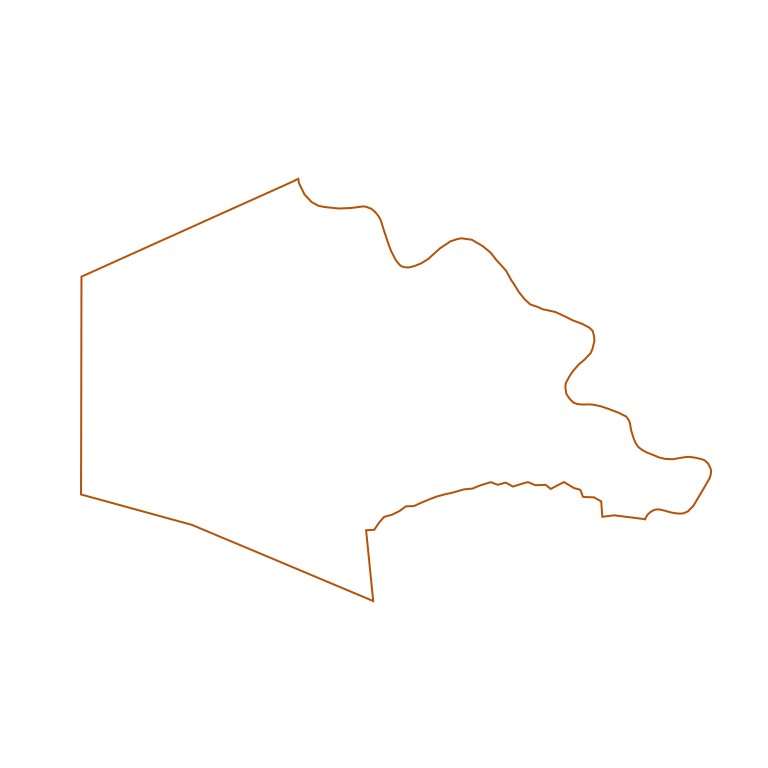 the district of Concepción, Misiones, Argentina, rotated 263°
{"feature_id": "61730980B41653998480199", "entity_name": "Concepción", "entity_type": "district", "adm_level": 2, "iso_a3": "ARG", "parent_name": "Argentina", "parent_adm1": "Misiones", "projection": "orthographic", "projection_center": [-55.471, -27.961], "detail": "fine", "context": "isolated", "style": "outline", "palette": "amber", "viewbox_px": 768, "rotation_deg": 263, "n_neighbors": 0, "source": "geoboundaries", "source_scale": "gbopen_adm2", "svg_char_len": 2849}
<svg xmlns="http://www.w3.org/2000/svg" viewBox="0 0 768 768"><g transform="rotate(263 384 384)"><path d="M527.4,96.8L346.1,74.2L340.7,73.5L311.3,69.8L267.5,176.4L263.4,183.5L251.5,204.2L242.3,220.4L169.9,346.8L172.5,346.9L241.0,348.4L240.5,356.6L246.8,362.0L252.1,368.0L253.3,376.2L256.0,383.8L259.9,390.9L259.2,398.7L261.6,406.4L263.8,414.2L265.8,422.3L267.0,430.4L267.8,438.6L269.7,450.7L269.4,459.0L271.5,466.6L273.6,477.9L270.1,484.6L271.3,492.8L266.5,499.4L267.9,507.1L268.5,510.7L269.1,515.0L265.1,521.9L264.2,532.2L259.5,536.7L262.2,543.7L264.7,550.7L257.6,559.8L256.0,563.8L255.0,566.0L247.7,567.8L247.3,569.9L245.9,578.6L241.0,585.3L225.6,584.5L225.6,596.5L221.9,611.1L220.9,615.2L219.8,619.6L218.5,624.5L218.0,626.5L217.9,626.8L219.6,627.6L222.3,629.8L222.9,630.6L224.2,632.5L225.7,635.5L226.0,637.0L226.3,638.6L226.0,641.9L224.8,645.3L223.5,648.6L221.8,652.5L220.8,655.5L219.8,659.1L219.2,662.7L219.2,665.9L220.6,670.3L222.3,672.3L225.3,676.2L235.7,684.2L241.0,688.3L246.3,692.3L250.9,695.8L254.8,697.4L258.5,698.2L262.1,697.3L265.5,696.0L267.7,694.2L269.3,692.8L271.0,689.4L272.0,686.5L273.1,683.3L274.4,678.5L274.7,674.3L274.5,668.6L274.3,665.0L274.2,661.4L274.8,657.6L275.5,653.6L277.6,648.0L279.4,644.9L282.0,640.3L283.8,636.9L285.5,634.3L287.6,631.6L289.7,629.5L291.0,628.4L294.4,626.7L299.4,625.2L307.6,623.7L315.6,623.3L318.4,622.5L322.2,620.4L326.6,613.8L331.7,604.2L335.4,596.6L337.0,592.1L338.1,588.6L338.9,584.0L339.0,582.8L339.3,579.6L339.8,576.4L340.6,573.2L342.5,569.8L342.5,569.7L343.0,569.3L346.1,566.9L347.9,565.8L351.9,563.8L358.6,563.6L362.6,564.5L368.9,568.9L374.3,573.6L380.0,580.1L381.6,582.7L383.7,585.9L389.6,593.0L390.6,593.5L393.0,595.0L400.8,598.0L405.4,598.4L411.2,597.6L414.9,594.7L418.2,589.9L419.0,589.0L424.1,579.2L429.3,571.4L434.6,562.8L438.2,552.7L438.5,551.2L441.7,546.0L445.2,538.8L445.9,538.2L451.0,533.9L454.4,531.8L458.7,529.1L464.4,526.5L468.0,524.9L471.6,522.9L474.0,522.0L481.5,519.0L489.4,513.5L493.7,510.4L501.3,505.9L508.9,498.7L516.5,488.7L519.2,478.5L519.0,475.6L518.9,474.2L517.3,466.6L516.1,464.8L513.9,460.2L512.0,456.4L505.7,447.3L502.8,443.4L501.1,439.6L499.2,435.6L498.1,431.4L497.6,429.5L497.4,428.6L497.0,425.9L496.9,425.2L496.7,422.0L497.5,418.4L498.6,415.9L498.7,415.7L500.4,414.0L503.5,412.0L505.9,410.6L510.9,408.8L514.9,407.3L523.6,405.2L529.8,404.0L536.2,402.7L537.1,402.5L546.2,400.9L550.7,399.3L555.8,396.2L559.1,393.1L559.4,392.8L561.0,389.9L562.0,388.0L562.6,386.0L562.8,385.2L562.8,382.5L562.7,373.0L563.6,361.3L563.7,360.6L566.2,349.6L567.0,346.5L567.6,344.4L568.5,341.8L568.7,341.0L571.1,337.6L572.4,335.8L573.3,334.4L574.0,333.9L581.4,328.5L581.9,328.2L592.7,324.4L593.3,324.2L594.8,324.1L596.8,324.0L598.1,323.9L598.0,323.7L597.4,321.7L597.1,320.8L596.9,320.8L577.9,259.5L572.8,243.0L530.6,107.1L527.4,96.8Z" fill="none" stroke="#b45309" stroke-width="2"/></g></svg>